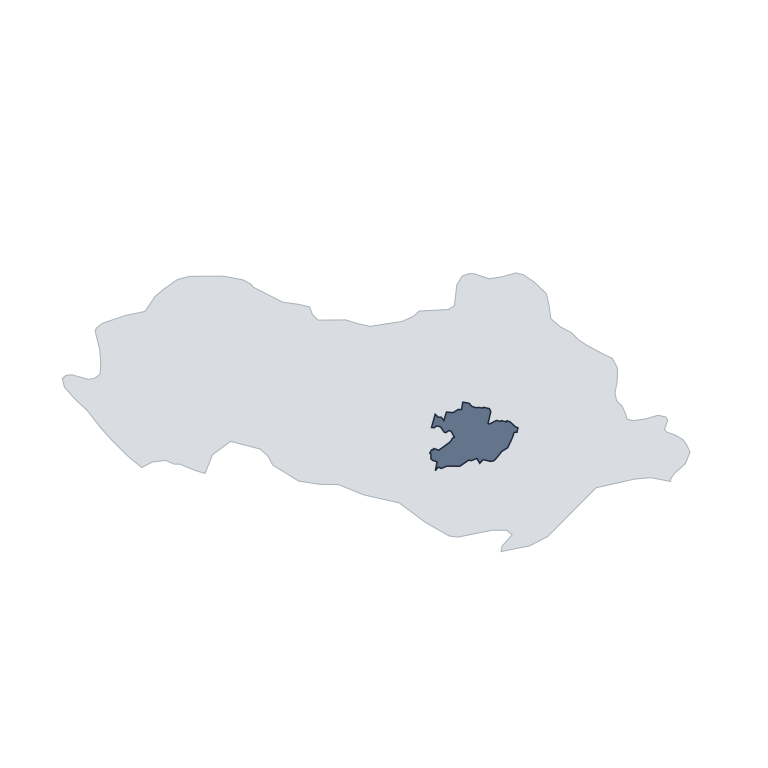 Berat, Berat, Albania (highlighted), rotated 284°
{"feature_id": "67620474B3220488890929", "entity_name": "Berat", "entity_type": "district", "adm_level": 2, "iso_a3": "ALB", "parent_name": "Albania", "parent_adm1": "Berat", "projection": "equal_earth", "projection_center": [19.979, 40.671], "detail": "fine", "context": "in_parent", "style": "filled", "palette": "slate", "viewbox_px": 768, "rotation_deg": 284, "n_neighbors": 0, "source": "geoboundaries", "source_scale": "gbopen_adm2", "svg_char_len": 2419}
<svg xmlns="http://www.w3.org/2000/svg" viewBox="0 0 768 768"><g transform="rotate(284 384 384)"><path d="M253.9,232.0L254.4,221.7L256.9,205.3L255.5,199.8L257.0,190.5L252.2,178.0L244.3,169.0L252.0,153.1L263.3,133.9L273.7,118.7L286.3,102.8L294.7,87.6L303.8,74.6L311.5,70.6L315.4,73.3L317.4,79.0L316.9,96.0L319.5,101.8L324.9,106.1L336.2,104.0L348.8,99.8L365.7,90.8L368.6,91.4L374.8,96.1L387.9,116.5L396.6,134.5L413.6,140.7L423.2,147.7L435.4,158.4L441.4,169.2L449.8,202.1L450.9,222.0L448.5,231.1L446.4,233.4L438.9,265.9L440.7,282.4L440.7,293.3L434.2,297.6L430.0,304.5L437.0,331.6L436.2,343.2L436.5,356.4L449.2,386.7L456.7,396.1L463.3,400.6L471.9,428.5L477.0,433.4L497.7,430.7L507.8,433.8L511.9,440.5L512.8,445.0L511.5,460.7L516.7,472.8L523.7,485.2L523.7,492.8L519.2,505.2L510.9,519.7L499.9,525.3L487.8,530.0L482.1,541.3L479.2,553.3L473.8,562.3L470.5,572.0L465.4,592.0L464.2,599.3L456.0,606.6L443.3,609.6L431.8,610.2L424.1,613.6L420.2,620.4L413.0,626.0L408.6,628.4L408.6,634.5L413.9,647.2L420.0,657.5L420.1,665.8L417.2,668.1L407.8,667.1L405.8,670.1L404.8,679.4L402.4,687.3L398.5,692.2L391.8,697.4L379.6,695.7L368.1,687.8L362.1,685.3L358.7,685.6L357.8,666.2L352.8,651.1L334.6,614.9L275.6,579.7L261.8,563.9L255.7,550.6L249.7,538.1L255.5,537.8L261.3,541.0L268.6,544.8L271.7,538.5L268.5,524.8L253.4,492.9L252.3,484.1L259.8,457.4L272.3,427.5L271.5,391.3L275.4,364.0L271.2,346.3L269.2,324.6L278.4,295.8L286.1,288.7L290.9,279.6L291.2,249.0L273.9,234.7L253.9,232.0Z" fill="#d9dde1" stroke="#a8b0b8" stroke-width="1"/><path d="M353.3,440.6L353.7,443.3L356.2,445.4L356.0,449.3L351.8,454.0L351.8,456.0L352.7,456.5L354.8,458.6L354.0,460.9L349.4,465.2L348.0,463.5L345.7,462.9L343.7,462.1L333.1,453.3L333.4,447.7L331.7,447.3L331.6,446.1L327.9,445.1L327.5,446.5L322.6,447.7L321.6,450.2L321.3,454.3L312.3,454.8L316.5,456.8L315.9,460.0L319.5,464.8L322.5,477.4L330.7,484.7L330.7,487.1L334.2,492.1L330.2,496.1L334.6,498.5L334.7,506.3L336.1,509.2L340.0,511.4L347.1,514.6L352.0,519.4L360.4,521.1L365.2,521.8L368.6,521.9L369.3,524.7L374.0,524.5L374.2,522.1L377.9,515.2L378.0,512.0L376.8,512.0L376.9,506.8L375.9,506.1L375.9,502.0L370.7,496.0L370.8,494.5L383.1,494.3L385.6,492.2L385.5,486.1L384.5,485.5L384.2,481.7L383.2,478.8L383.6,474.3L385.8,471.6L385.8,468.8L385.5,464.9L377.9,465.4L377.3,462.2L372.9,457.9L371.9,451.4L363.0,450.9L365.6,447.6L364.9,444.5L367.0,441.0L353.3,440.6Z" fill="#64748b" stroke="#1e293b" stroke-width="1.5"/></g></svg>